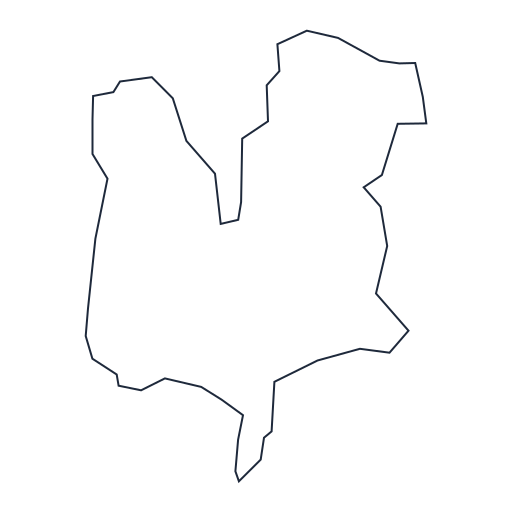 Tashlak, Ferghana, Uzbekistan
{"feature_id": "79887680B62642842050546", "entity_name": "Tashlak", "entity_type": "district", "adm_level": 2, "iso_a3": "UZB", "parent_name": "Uzbekistan", "parent_adm1": "Ferghana", "projection": "natural_earth1", "projection_center": [71.832, 40.543], "detail": "fine", "context": "isolated", "style": "outline", "palette": "slate", "viewbox_px": 512, "rotation_deg": 0, "n_neighbors": 0, "source": "geoboundaries", "source_scale": "gbopen_adm2", "svg_char_len": 754}
<svg xmlns="http://www.w3.org/2000/svg" viewBox="0 0 512 512"><path d="M260.7,459.6L264.0,437.7L271.6,431.4L274.4,381.8L317.5,360.5L359.9,348.8L389.5,352.7L408.5,330.7L376.0,293.5L387.2,246.0L380.6,206.7L363.7,187.3L381.9,175.0L397.7,123.8L426.3,123.4L422.8,96.9L415.2,63.0L399.3,63.4L379.5,60.7L338.0,37.9L306.8,30.7L277.4,44.2L279.4,71.1L266.7,85.3L268.0,121.3L242.2,138.6L241.1,202.1L238.2,219.8L220.7,223.9L215.0,173.7L186.4,140.9L172.8,98.3L151.8,77.2L120.0,81.5L113.4,92.1L93.1,96.0L92.5,119.4L92.5,154.0L107.5,178.7L95.4,238.6L88.0,308.5L85.7,336.0L92.4,358.7L116.7,374.5L118.6,385.7L141.1,390.3L164.9,378.4L201.2,386.9L221.5,399.6L243.0,415.2L238.1,439.7L235.4,471.3L238.9,481.3L260.7,459.6Z" fill="none" stroke="#1e293b" stroke-width="2"/></svg>